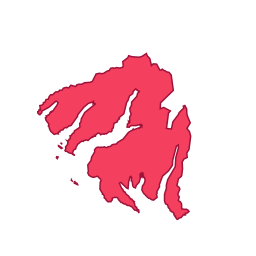 outline of Fjarðabyggð, Austurland, Iceland, rotated 114°
{"feature_id": "244011B48850905136863", "entity_name": "Fjarðabyggð", "entity_type": "district", "adm_level": 2, "iso_a3": "ISL", "parent_name": "Iceland", "parent_adm1": "Austurland", "projection": "mercator", "projection_center": [-13.826, 65.041], "detail": "fine", "context": "isolated", "style": "filled", "palette": "rose", "viewbox_px": 256, "rotation_deg": 114, "n_neighbors": 0, "source": "geoboundaries", "source_scale": "gbopen_adm2", "svg_char_len": 5951}
<svg xmlns="http://www.w3.org/2000/svg" viewBox="0 0 256 256"><g transform="rotate(114 128 128)"><path d="M98.0,73.2L93.5,78.0L91.2,80.0L86.8,82.1L84.3,85.2L85.6,86.4L86.9,85.1L93.0,87.5L95.6,87.5L104.1,89.5L111.3,87.9L112.7,92.7L97.9,97.1L95.2,96.2L94.7,103.7L97.3,106.4L91.7,108.5L75.2,101.9L62.0,110.1L60.5,113.2L61.0,115.5L60.7,117.2L60.8,118.8L60.3,120.7L61.8,121.4L62.1,122.5L58.0,127.8L59.1,131.0L61.4,132.0L55.7,136.3L54.3,139.7L52.5,141.5L57.0,144.4L58.8,146.6L61.2,153.1L61.7,156.8L63.8,156.7L69.4,159.8L73.4,157.5L74.9,157.7L76.7,160.1L77.5,163.2L79.2,164.9L79.1,166.0L80.4,168.1L83.1,168.5L84.6,170.3L88.0,172.5L89.0,174.0L89.7,176.5L91.6,179.1L99.9,179.5L101.7,181.2L104.3,186.1L107.1,188.3L107.5,189.8L109.1,192.2L111.4,192.7L112.2,197.6L115.5,198.5L115.9,200.7L116.8,202.0L118.0,203.3L120.2,203.6L121.2,205.8L123.1,206.4L124.6,208.9L128.3,210.4L129.1,212.2L131.4,212.8L134.0,212.5L135.4,214.5L138.3,214.3L139.1,215.6L140.8,215.2L142.2,216.0L143.4,217.7L146.7,215.5L146.9,216.1L147.4,215.6L147.8,216.6L149.0,216.4L149.7,217.1L150.9,216.6L151.7,214.8L151.7,213.9L149.0,213.0L147.7,213.6L141.2,208.7L132.8,204.7L132.7,203.8L133.5,202.1L136.2,202.2L142.7,203.5L144.6,204.3L144.4,204.7L144.7,204.8L144.3,204.9L145.0,205.4L148.2,205.5L148.5,206.3L149.6,206.5L150.2,207.7L151.4,206.9L152.3,207.6L154.4,205.9L156.6,201.9L158.6,201.6L159.0,200.6L160.9,199.2L162.5,197.1L163.9,192.9L162.2,190.9L161.7,189.2L160.9,189.9L159.4,189.4L159.3,188.7L158.2,188.9L156.9,188.0L156.2,186.7L154.1,186.3L153.0,185.3L152.8,184.1L149.8,182.7L149.8,182.0L148.7,181.0L137.6,178.8L136.6,179.4L126.7,176.7L121.6,174.2L119.0,171.3L119.2,170.8L118.1,170.4L119.9,169.8L119.1,169.3L119.7,168.8L119.2,167.9L119.5,167.7L131.4,173.8L138.6,174.4L141.6,173.5L143.5,174.0L146.9,172.3L152.5,175.8L154.5,175.4L155.4,176.4L158.4,176.9L158.7,177.8L161.1,176.4L162.4,177.3L164.3,177.2L164.4,178.4L164.9,177.3L167.7,176.5L170.6,177.4L172.0,176.4L174.3,176.4L174.7,175.5L174.2,174.5L174.7,172.1L174.2,168.7L173.9,168.4L174.6,167.8L174.7,167.0L174.5,166.4L175.1,165.6L174.3,166.1L174.0,167.9L173.2,168.6L170.1,168.7L168.3,167.2L167.1,167.7L163.3,167.3L159.6,165.4L158.8,164.7L158.4,163.4L157.7,163.4L155.9,161.3L155.7,159.4L152.4,158.1L150.9,156.5L150.4,157.0L148.8,154.6L148.1,155.5L147.3,154.4L145.1,153.7L144.4,151.9L145.3,150.3L143.9,149.0L143.3,147.1L142.5,146.7L142.1,145.3L139.0,143.8L138.4,141.9L136.9,141.5L135.4,142.2L134.0,141.5L129.5,142.7L126.8,140.3L125.3,140.6L123.0,139.5L122.3,140.4L116.6,137.6L105.1,139.7L103.0,139.2L98.3,139.7L94.7,137.7L92.5,138.1L89.2,136.9L89.4,135.4L89.8,135.2L90.0,133.4L90.5,133.4L89.9,133.3L90.0,132.6L89.4,132.2L92.3,133.4L95.5,132.8L102.8,135.2L106.1,134.0L109.3,134.3L111.7,133.0L114.0,130.8L117.5,130.9L121.2,129.1L121.8,129.4L121.6,130.3L122.4,129.8L122.0,129.4L122.3,128.8L124.5,130.1L127.6,129.2L126.7,127.1L126.1,127.2L124.3,125.8L122.7,121.9L119.7,118.1L119.9,117.3L119.4,117.2L119.9,116.2L120.4,116.5L120.0,117.2L120.9,116.4L120.7,117.0L121.1,117.6L122.0,116.7L123.0,117.2L122.7,117.3L127.2,122.0L126.8,122.8L127.6,122.8L131.8,125.8L140.0,127.9L145.5,131.7L147.2,132.0L149.6,135.6L152.0,136.6L153.2,138.6L154.4,139.2L154.9,140.9L154.8,142.0L156.1,143.4L156.4,144.9L157.1,145.3L157.5,147.3L158.7,148.9L161.4,149.7L163.4,148.7L169.4,149.4L172.8,148.6L178.1,149.7L183.9,146.5L185.2,146.6L187.0,144.6L187.5,142.0L187.1,139.4L184.4,136.3L186.1,132.1L187.3,131.0L188.7,131.4L195.4,128.7L198.2,124.6L198.9,124.4L198.8,123.5L199.7,122.0L201.5,121.3L202.0,119.4L202.5,119.0L203.5,116.6L203.3,115.5L202.4,114.6L202.4,113.7L200.1,113.2L198.4,113.8L196.8,111.9L196.0,109.9L196.2,108.7L197.3,107.6L198.9,103.9L198.4,103.2L198.9,101.9L199.0,100.5L198.5,99.8L199.0,97.1L198.3,95.2L198.5,93.6L198.3,92.7L200.3,88.6L199.9,87.3L200.1,86.2L199.8,85.1L200.8,83.9L200.5,83.7L198.4,85.0L198.4,86.7L196.8,88.1L197.0,88.8L196.1,90.3L194.6,91.0L193.3,92.6L192.7,92.3L192.2,94.6L191.4,95.5L191.7,96.8L189.9,99.9L189.2,102.7L187.9,104.6L188.0,105.2L187.6,105.2L187.5,106.8L186.6,107.2L185.1,110.0L181.9,113.4L180.6,112.4L183.4,104.8L183.4,103.3L176.2,105.7L172.5,106.0L171.9,104.9L171.9,106.2L171.0,105.8L171.7,104.5L175.0,103.6L175.0,102.5L178.8,100.2L179.8,98.8L179.7,96.8L177.2,97.1L172.9,95.8L168.7,96.4L167.8,96.0L167.3,96.3L168.0,96.5L167.7,97.0L165.0,98.2L165.4,97.7L164.8,98.1L164.2,98.0L164.9,97.8L164.9,97.3L164.5,97.7L164.4,97.0L163.9,97.1L167.2,96.2L166.4,95.2L163.1,97.0L163.0,96.2L164.9,95.0L165.7,95.6L166.6,95.0L166.6,94.8L166.4,94.1L166.6,94.9L165.8,95.3L166.0,94.9L165.8,94.0L167.0,93.9L166.6,93.3L166.9,92.5L168.9,91.0L172.3,90.6L175.3,91.2L179.0,90.1L181.2,87.3L183.3,82.1L183.7,80.5L183.5,79.2L183.9,77.4L183.5,75.3L179.5,73.2L176.7,75.1L175.7,74.9L174.4,75.8L168.8,75.3L167.0,76.3L158.0,76.9L150.6,73.5L144.1,72.3L139.1,74.1L124.8,76.4L123.1,75.1L125.9,73.8L136.0,72.2L144.1,69.1L159.0,70.7L164.7,69.7L167.5,68.4L173.6,67.7L179.6,65.1L181.7,63.2L182.1,62.4L182.0,60.7L184.4,58.7L184.7,57.5L186.5,55.5L186.3,55.0L186.8,54.0L186.7,52.7L187.5,51.1L188.4,50.9L189.2,49.8L189.2,48.9L189.7,49.0L191.4,46.3L191.2,45.4L189.5,44.8L188.3,43.1L184.4,41.9L184.2,40.9L184.4,40.6L183.9,40.1L182.7,40.9L181.5,39.3L179.5,38.3L178.7,39.4L178.5,41.9L179.2,42.9L180.0,46.0L175.4,48.3L174.1,50.3L173.9,52.5L169.9,53.2L169.2,54.7L168.0,55.6L162.7,55.8L161.4,57.2L160.7,59.9L153.7,61.3L150.7,59.7L149.3,59.7L143.1,61.6L137.0,64.7L133.4,64.2L130.9,61.9L126.9,64.1L122.7,63.6L110.0,67.4L106.3,70.4L104.4,74.0L98.0,73.2ZM173.9,180.6L173.1,180.0L172.8,181.3L172.4,183.5L172.8,183.3L172.7,184.1L173.0,183.9L173.9,180.6ZM200.3,152.1L200.0,152.0L200.1,151.3L199.2,152.1L199.4,152.9L199.1,153.7L200.3,154.2L200.1,152.5L200.3,152.1ZM184.8,180.2L183.1,180.0L182.8,180.2L183.2,181.4L184.2,181.4L184.8,180.2ZM169.0,183.6L169.6,181.8L169.6,181.6L169.0,182.7L169.0,183.6ZM198.3,158.6L198.9,158.5L199.0,157.7L198.3,158.6ZM199.8,150.6L200.3,150.6L199.8,150.6ZM199.2,155.5L199.0,154.8L198.7,154.9L199.2,155.5Z" fill="#f43f5e" stroke="#9f1239" stroke-width="1.5"/></g></svg>